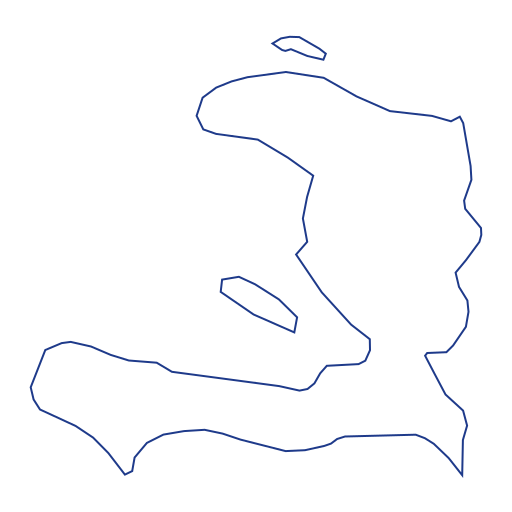 the border of Haiti
{"feature_id": "HTI", "entity_name": "Haiti", "entity_type": "country or territory", "adm_level": 0, "iso_a3": "HTI", "parent_name": "North America", "parent_adm1": "", "projection": "equal_earth", "projection_center": [-72.755, 19.066], "detail": "fine", "context": "isolated", "style": "outline", "palette": "blue", "viewbox_px": 512, "rotation_deg": 0, "n_neighbors": 0, "source": "natural_earth", "source_scale": "50m", "svg_char_len": 1445}
<svg xmlns="http://www.w3.org/2000/svg" viewBox="0 0 512 512"><path d="M459.8,116.7L463.2,123.1L470.6,166.0L471.4,179.8L464.1,200.6L465.2,208.8L481.0,228.0L481.3,234.9L479.4,241.9L466.0,260.1L455.6,272.6L459.0,286.9L467.4,300.5L468.5,311.8L465.9,326.8L453.1,345.5L446.4,352.2L427.2,353.0L425.1,355.7L434.6,373.9L445.5,394.5L463.1,410.6L467.1,425.6L462.9,440.0L462.2,475.2L448.7,458.1L433.8,443.8L424.9,438.2L415.7,434.7L345.0,436.5L337.1,439.0L331.0,443.6L324.4,445.9L305.0,450.2L285.6,451.1L240.5,439.6L222.6,433.6L204.6,429.8L184.0,431.1L163.4,434.6L146.9,442.9L134.6,457.5L132.2,471.1L124.9,474.6L108.3,453.0L93.1,437.6L75.7,426.0L40.0,409.5L33.6,399.5L30.7,387.3L45.3,350.0L61.7,343.1L70.7,341.9L91.0,346.5L110.7,354.9L128.8,360.5L156.7,362.7L171.9,371.8L279.2,386.1L299.5,390.6L307.5,389.0L314.4,383.4L320.2,373.3L326.8,365.8L358.6,364.1L365.3,360.7L370.0,350.2L369.8,339.2L351.1,324.6L321.8,292.4L296.1,254.5L307.2,241.8L302.9,218.5L307.1,196.9L313.2,175.7L287.8,157.6L257.8,139.6L216.1,133.9L203.3,129.4L196.6,115.8L202.6,97.7L216.2,87.6L231.6,81.4L247.5,77.2L285.7,72.0L323.7,77.8L356.5,96.4L389.9,111.1L432.0,115.9L451.0,121.3L459.8,116.7ZM297.1,317.3L294.3,332.4L253.6,314.5L220.7,291.9L222.1,279.6L238.9,276.8L255.1,284.3L278.9,299.4L297.1,317.3ZM319.4,48.7L325.8,53.7L323.4,59.7L307.4,56.0L290.9,49.2L285.4,50.9L282.1,50.0L272.5,43.5L281.0,38.4L289.7,36.8L299.3,37.1L319.4,48.7Z" fill="none" stroke="#1e3a8a" stroke-width="2"/></svg>